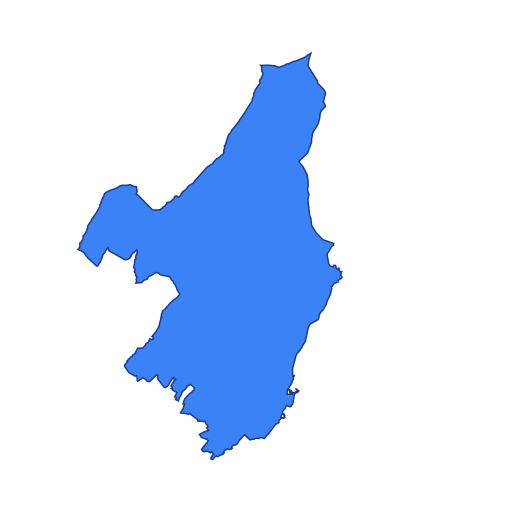 Holmestrand nor, Vestfold, Norway, rotated 50°
{"feature_id": "86288312B24065042628748", "entity_name": "Holmestrand nor", "entity_type": "district", "adm_level": 2, "iso_a3": "NOR", "parent_name": "Norway", "parent_adm1": "Vestfold", "projection": "orthographic", "projection_center": [10.216, 59.512], "detail": "fine", "context": "isolated", "style": "filled", "palette": "blue", "viewbox_px": 512, "rotation_deg": 50, "n_neighbors": 0, "source": "geoboundaries", "source_scale": "gbopen_adm2", "svg_char_len": 6159}
<svg xmlns="http://www.w3.org/2000/svg" viewBox="0 0 512 512"><g transform="rotate(50 256 256)"><path d="M401.2,366.9L400.1,362.2L400.5,361.6L400.0,360.5L399.4,356.8L398.0,351.7L397.7,349.0L398.0,346.1L399.0,345.7L398.0,345.7L397.1,344.3L396.6,342.5L396.5,340.5L398.2,338.9L398.2,338.3L396.4,340.2L395.2,340.5L394.2,338.8L394.0,337.6L395.6,336.8L398.1,337.9L397.1,336.7L395.5,336.1L393.6,336.7L392.5,335.8L391.9,334.7L391.5,331.6L390.0,328.7L393.2,327.1L393.7,325.8L392.8,322.7L386.3,315.1L387.2,310.7L386.9,310.0L382.7,310.8L386.2,310.8L385.1,315.0L382.7,316.1L385.3,317.0L384.9,317.6L382.3,317.0L381.8,315.8L379.1,316.6L379.2,317.0L380.7,316.8L383.8,318.8L382.1,320.9L381.3,320.7L378.7,317.6L376.2,309.7L375.2,309.1L374.6,306.8L372.7,304.9L372.2,305.2L371.3,304.6L372.9,303.2L371.0,304.3L370.3,304.1L365.6,300.2L358.0,289.4L357.3,287.7L356.3,282.2L355.9,282.0L355.6,279.6L354.9,278.6L353.3,273.5L352.6,272.2L351.2,271.1L350.8,270.0L346.3,264.5L344.0,261.1L343.4,259.1L343.0,258.8L343.0,257.6L343.3,257.1L343.4,255.5L344.6,249.6L344.1,248.2L342.1,245.7L341.0,243.6L340.5,241.3L340.5,240.0L338.4,233.6L336.0,230.0L333.7,224.7L332.2,222.2L331.3,221.8L331.2,221.0L329.5,218.9L328.0,218.2L327.7,217.6L328.3,216.8L327.7,215.8L327.3,214.0L328.5,209.5L327.6,208.4L327.5,206.4L328.1,205.7L327.4,203.6L324.7,203.1L323.0,200.4L322.4,201.4L321.0,201.7L320.0,201.3L319.5,200.4L318.5,200.3L318.4,202.1L317.3,202.6L315.0,201.2L314.2,201.3L313.2,202.2L313.9,203.7L312.2,205.1L310.8,205.7L308.8,205.3L301.1,201.0L300.0,199.7L298.3,194.1L297.8,193.5L297.3,191.9L297.6,189.9L296.7,189.5L296.2,188.5L286.4,194.3L277.4,195.0L268.5,193.8L262.7,190.0L259.2,188.7L246.7,180.4L242.4,175.6L240.0,175.0L237.2,172.8L236.1,171.2L231.6,167.7L226.4,164.5L217.9,162.6L212.5,162.6L211.0,162.0L210.5,153.7L210.2,150.7L209.7,149.4L204.7,140.5L202.0,138.0L198.4,133.7L197.1,130.8L196.6,128.6L194.6,123.3L191.7,119.1L188.1,115.2L186.6,112.6L186.3,107.7L185.6,106.4L180.9,105.0L176.1,98.2L175.1,97.6L172.1,97.1L163.7,97.7L160.7,96.3L143.6,94.0L138.9,88.4L136.0,83.7L135.3,87.7L135.3,90.2L134.5,93.0L132.2,100.3L131.0,102.5L129.8,107.1L128.5,109.4L128.3,111.4L126.3,117.1L122.3,119.4L117.5,124.2L113.0,129.9L114.2,129.8L118.5,133.0L119.7,133.0L121.4,134.0L123.4,138.2L123.5,139.8L126.5,142.2L126.8,143.3L126.6,144.2L128.3,149.8L130.2,153.5L132.0,155.0L133.5,158.1L134.7,159.3L137.8,169.5L138.9,172.3L141.1,180.7L142.2,183.0L141.9,184.0L142.5,185.1L144.1,193.8L145.2,196.2L145.4,198.9L151.4,208.7L151.5,209.8L152.7,209.9L154.5,213.1L155.5,213.5L157.0,215.9L156.5,218.1L156.9,219.1L156.6,222.4L156.2,223.8L156.9,228.3L157.4,229.9L156.5,236.4L158.9,253.6L159.8,256.7L159.1,261.6L159.1,263.2L160.0,266.3L159.6,271.0L160.6,272.5L160.2,272.8L161.2,275.4L161.4,277.5L158.5,278.5L158.7,279.2L158.1,280.2L159.4,281.9L159.2,283.8L159.5,286.8L159.3,287.9L158.2,288.8L157.9,290.0L158.3,290.2L159.3,294.8L158.7,295.6L159.1,296.4L158.8,298.4L159.1,299.6L155.6,304.2L154.0,305.7L134.3,307.2L131.6,307.9L130.1,305.4L129.0,305.3L128.1,304.2L126.0,303.1L123.9,305.1L120.6,306.4L119.0,309.3L115.5,313.5L114.9,315.1L114.4,319.1L112.0,325.3L110.8,330.3L110.9,332.1L112.4,334.3L113.6,337.6L116.1,341.6L116.6,343.1L117.8,344.0L120.4,350.9L121.3,354.6L121.8,355.0L122.1,358.2L123.1,359.6L124.5,365.0L126.3,367.0L128.5,371.0L129.4,373.8L129.3,375.4L131.8,377.7L133.0,380.9L132.9,382.7L135.7,385.0L136.6,388.2L138.8,386.9L142.7,385.7L149.1,386.1L161.5,384.5L161.8,383.6L160.3,378.7L156.6,372.1L156.1,369.5L155.6,368.6L154.4,364.0L157.7,365.2L174.7,358.8L176.1,356.3L176.1,355.0L176.5,354.0L175.9,351.8L175.2,351.0L174.5,348.5L174.9,347.2L174.5,343.4L176.7,344.4L177.1,345.3L178.4,346.4L178.4,347.5L179.1,348.6L180.7,349.6L181.1,350.5L181.0,351.4L184.3,354.5L185.7,356.9L188.5,357.2L189.9,359.4L191.6,359.3L193.8,360.8L195.9,360.6L196.3,362.1L197.2,363.1L198.4,363.4L199.5,365.5L202.8,360.9L202.5,357.5L203.7,354.6L202.8,351.2L203.6,348.7L204.2,343.3L206.2,341.8L208.8,341.4L216.7,335.3L220.2,336.2L222.0,335.7L224.1,336.4L226.6,336.4L232.2,338.4L236.0,338.7L236.4,339.3L237.0,342.7L236.8,350.9L237.2,353.9L237.6,354.8L237.5,356.8L238.2,359.4L238.2,362.9L239.8,365.7L241.8,368.0L241.7,366.5L244.1,371.0L247.1,374.9L248.9,378.8L249.6,381.3L250.8,387.5L252.3,386.9L253.6,388.5L253.0,389.5L251.2,390.8L252.4,392.8L252.9,394.4L252.5,395.6L252.5,397.0L253.2,398.2L253.7,401.8L250.6,406.0L253.1,411.9L252.6,413.7L253.1,415.5L252.9,416.8L253.5,422.4L254.6,422.6L254.9,426.5L256.3,427.6L263.6,428.3L270.3,425.9L270.9,424.4L273.2,425.5L274.7,426.9L276.0,427.1L276.1,424.2L276.5,422.7L276.2,421.0L280.3,419.7L281.5,420.0L283.7,418.4L283.4,418.0L283.8,417.2L283.2,408.1L284.5,407.9L286.0,409.8L287.8,410.4L297.1,410.7L298.4,410.3L298.9,407.1L296.1,399.4L296.2,396.4L296.8,398.2L298.9,396.9L299.1,399.6L299.7,400.3L299.7,401.4L300.9,404.7L302.6,404.2L303.2,404.9L302.9,406.1L304.2,405.7L304.6,406.2L309.9,404.3L311.5,408.8L313.3,408.0L314.3,409.9L317.2,408.5L315.3,405.9L314.6,403.4L312.9,400.1L312.6,399.1L312.6,395.8L311.6,391.6L311.9,391.4L312.0,389.0L315.3,388.1L316.9,388.1L318.9,389.3L318.7,391.3L319.1,393.1L318.7,395.1L319.6,402.6L322.3,406.9L323.5,405.9L326.1,410.1L327.7,414.7L331.9,410.7L333.9,409.6L333.7,408.2L343.3,406.0L345.3,406.6L345.6,405.3L346.3,405.6L347.1,404.0L348.3,403.3L349.8,401.5L353.3,402.3L354.2,401.8L356.1,402.5L356.0,404.4L359.1,404.5L357.1,409.9L356.3,414.0L359.8,414.4L365.2,411.4L366.7,411.3L367.7,414.0L367.4,414.5L368.2,416.6L368.1,417.7L368.6,418.2L368.2,418.7L369.0,420.7L369.0,421.6L369.5,422.3L371.1,421.6L371.2,422.2L372.4,421.9L374.1,418.8L377.4,417.6L377.2,415.8L380.6,415.8L380.5,416.4L381.0,417.5L380.9,418.3L381.5,420.2L382.8,420.9L383.7,420.5L384.0,419.7L383.4,415.7L383.7,415.0L385.1,414.4L385.6,411.4L386.3,409.8L386.5,408.4L386.2,408.2L386.6,408.0L386.4,407.1L385.1,406.1L385.1,405.4L384.5,404.6L384.7,403.6L385.3,403.4L385.2,402.4L385.9,401.5L387.4,400.7L387.4,399.6L388.2,399.0L388.0,397.8L386.7,397.5L386.4,396.9L386.7,394.0L387.5,393.6L387.9,391.7L386.5,387.0L386.3,384.5L385.9,383.8L385.8,379.5L393.1,378.8L393.5,377.9L393.4,377.1L394.4,376.2L395.2,374.8L395.3,373.8L396.2,372.4L397.5,371.4L398.1,368.9L401.2,366.9Z" fill="#3b82f6" stroke="#1e3a8a" stroke-width="1.5"/></g></svg>